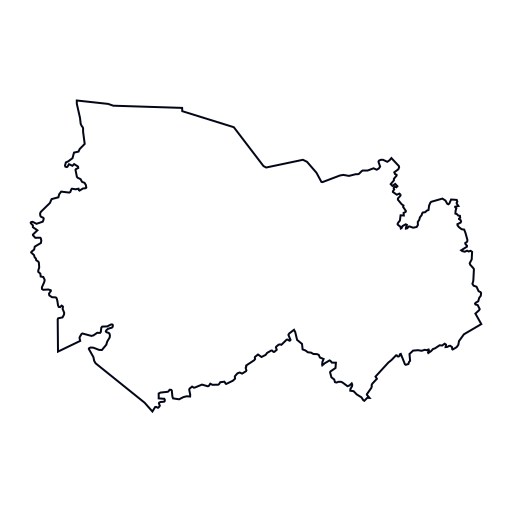 map outline of Novosibirsk (Mercator projection)
{"feature_id": "RUS-2403", "entity_name": "Novosibirsk", "entity_type": "Region", "adm_level": 1, "iso_a3": "RUS", "parent_name": "Russia", "parent_adm1": "", "projection": "mercator", "projection_center": [80.57, 55.289], "detail": "fine", "context": "isolated", "style": "outline", "palette": "ink", "viewbox_px": 512, "rotation_deg": 0, "n_neighbors": 0, "source": "natural_earth", "source_scale": "10m", "svg_char_len": 5995}
<svg xmlns="http://www.w3.org/2000/svg" viewBox="0 0 512 512"><path d="M101.9,350.0L106.3,344.7L107.2,341.6L109.7,337.4L109.9,335.5L109.5,333.7L108.7,332.9L106.4,332.2L105.8,331.3L106.4,330.2L108.2,328.7L111.8,327.7L112.6,326.9L112.9,325.2L112.3,324.5L111.2,324.4L107.2,326.4L102.2,326.6L101.3,327.7L100.8,332.0L100.0,332.9L97.2,332.8L93.4,335.4L91.4,335.9L82.5,333.5L81.6,333.9L79.9,336.7L79.5,337.9L80.2,340.9L58.0,351.6L57.7,319.3L58.2,318.3L62.5,317.4L64.0,314.6L64.2,312.8L62.6,308.8L63.0,306.9L62.6,306.2L61.6,305.6L60.1,307.1L58.7,306.9L58.0,305.1L57.3,300.6L56.5,298.0L55.7,297.4L52.0,297.2L49.3,295.4L49.0,293.6L50.9,290.9L50.7,290.2L48.3,289.5L43.2,289.8L42.0,289.0L41.9,287.3L44.0,282.6L44.6,280.7L44.6,279.7L43.3,277.0L40.7,276.5L40.3,273.6L38.3,271.9L38.2,270.8L39.2,267.4L38.9,262.9L38.4,261.7L36.2,260.2L35.9,258.6L34.7,257.4L34.0,255.1L31.2,252.5L31.4,251.8L34.1,249.6L34.8,246.6L40.9,243.0L41.3,240.5L40.8,238.3L40.1,237.7L35.3,237.8L33.0,235.3L32.9,234.6L37.4,230.3L32.9,227.2L32.9,225.4L30.9,223.3L30.7,222.8L31.1,222.1L32.6,221.8L36.5,223.8L42.7,221.7L43.5,219.8L43.7,218.5L43.3,217.8L41.1,216.8L40.3,215.8L40.1,213.5L40.8,211.9L49.9,203.0L51.6,199.1L58.4,197.3L59.2,194.2L61.2,191.6L69.2,192.6L70.3,192.0L71.3,189.4L71.9,188.7L75.7,189.3L78.5,188.7L78.9,190.1L79.5,190.6L83.0,188.5L85.7,188.2L86.3,187.6L85.8,184.9L84.5,182.8L82.1,181.9L80.5,179.1L77.6,177.7L76.9,176.8L75.5,169.9L75.8,169.2L78.2,168.0L78.1,166.8L77.8,166.4L74.1,164.1L72.4,165.8L69.0,164.2L67.4,166.8L66.6,167.1L65.3,166.6L65.0,165.5L65.9,162.4L68.0,161.5L72.5,158.2L74.0,152.6L78.5,151.6L79.7,149.0L84.7,143.9L83.1,131.9L83.1,128.6L82.8,127.4L81.6,125.8L80.7,123.8L80.0,117.9L76.8,103.7L76.8,100.5L108.1,103.9L113.3,105.7L182.1,107.9L182.3,111.2L233.8,127.2L263.5,166.1L266.2,167.5L302.9,159.8L307.0,161.8L316.5,172.8L321.4,181.9L322.5,182.1L339.9,175.5L343.3,174.9L349.0,175.9L355.7,174.2L357.9,174.2L359.0,173.8L361.7,171.1L362.8,170.5L367.7,170.5L373.5,168.3L376.7,169.7L378.8,168.5L380.1,166.6L378.5,161.9L378.6,161.2L379.2,160.5L381.0,159.8L383.0,159.8L387.3,161.8L389.5,160.3L391.4,158.1L398.9,166.1L399.1,167.4L398.3,169.3L394.3,172.3L395.0,174.0L396.6,174.8L396.6,175.6L393.9,178.8L393.9,180.4L390.7,184.1L392.4,185.9L395.2,183.9L397.4,186.2L396.4,187.3L394.8,186.7L393.9,187.5L393.7,188.3L394.2,189.4L392.9,191.3L392.9,192.0L396.8,194.7L399.4,193.6L400.4,194.6L400.5,195.6L397.9,198.5L397.9,199.7L401.7,204.3L403.5,205.5L403.1,206.9L405.9,211.0L405.6,211.9L403.6,212.9L403.8,215.5L400.6,215.3L399.9,220.5L397.8,223.2L397.6,224.2L397.8,224.7L400.5,226.8L400.8,228.5L401.5,228.2L402.6,226.0L405.7,224.3L406.9,224.9L405.9,227.7L405.9,228.6L407.2,228.3L408.8,226.5L409.4,226.4L413.1,227.7L416.6,227.0L417.9,225.0L417.8,222.0L419.3,219.7L419.9,217.4L421.6,215.2L422.2,213.3L422.8,212.5L425.2,212.2L426.7,210.7L428.5,210.0L429.1,205.6L430.4,202.6L431.2,201.8L442.4,198.6L445.5,200.6L447.2,203.7L448.3,204.3L449.3,203.6L451.1,199.5L456.7,199.9L457.3,201.7L456.6,202.9L456.7,203.5L458.4,206.0L455.2,206.7L455.2,207.3L456.3,208.4L455.6,210.8L455.4,213.6L456.9,214.1L458.3,215.6L459.9,215.8L460.2,217.7L459.0,218.7L459.0,219.0L460.6,220.1L461.1,221.6L460.6,222.6L457.4,224.2L457.5,225.3L458.7,226.9L461.6,229.2L464.2,229.6L465.5,233.0L467.4,239.9L467.3,241.1L466.9,241.9L465.2,243.1L465.6,244.3L467.0,245.7L466.9,246.7L461.2,250.3L462.3,251.1L464.8,251.7L467.1,250.7L468.7,251.5L470.6,250.8L472.1,251.9L471.7,259.4L469.7,263.2L470.1,264.6L473.7,268.6L473.9,269.6L473.4,279.3L473.2,281.3L472.4,283.8L473.6,285.7L476.5,286.7L478.6,291.2L480.5,292.1L481.1,293.0L480.8,295.7L479.2,297.9L478.2,301.3L475.7,302.7L475.0,303.7L475.5,304.5L477.7,305.1L479.7,309.1L479.1,310.2L475.4,313.6L481.3,324.1L463.9,334.3L459.0,341.1L458.3,344.9L456.6,347.2L452.7,349.5L452.2,349.1L452.0,347.1L450.2,345.8L449.1,345.9L447.4,346.9L445.6,347.1L446.0,344.6L444.6,343.7L442.2,345.5L439.6,345.3L434.9,348.4L433.0,349.0L431.1,351.1L428.3,353.0L428.0,352.4L428.9,350.2L428.6,349.5L426.5,350.2L424.8,349.8L421.6,350.8L418.1,350.2L413.1,350.6L409.5,354.0L410.1,360.8L409.0,362.0L408.4,364.0L405.8,364.8L404.9,364.2L400.8,353.9L399.9,354.3L399.4,356.0L398.6,356.5L397.5,356.4L396.8,355.4L396.1,355.3L391.4,360.1L388.3,362.6L375.5,376.6L376.9,378.8L372.3,383.7L371.6,385.2L371.8,386.2L371.3,387.9L366.9,394.2L366.9,394.8L369.5,397.9L367.3,397.8L364.3,400.8L363.3,400.2L361.4,397.3L356.7,394.4L353.6,391.2L350.3,390.7L350.4,389.0L352.1,386.1L352.2,384.4L351.7,383.4L349.6,385.4L347.5,386.2L342.7,382.6L341.0,381.8L338.4,381.8L336.7,382.5L335.0,382.2L334.2,379.5L331.4,377.3L330.1,372.5L330.4,371.5L335.5,368.0L335.9,362.7L331.8,362.6L330.7,361.1L329.6,360.4L324.8,363.2L322.3,365.3L322.1,364.7L322.4,362.0L323.6,359.0L319.9,357.5L318.7,354.8L316.8,354.1L313.4,354.0L311.0,352.6L307.9,352.3L305.5,350.5L302.6,349.4L302.0,343.9L297.1,339.9L295.2,332.0L294.0,329.8L289.2,333.5L288.4,334.9L290.3,339.4L290.5,339.9L290.1,340.5L289.4,340.7L287.7,339.6L286.6,339.7L281.4,344.8L280.1,344.4L278.6,344.7L276.2,346.7L275.9,347.2L276.7,349.8L274.3,351.9L273.5,351.9L272.1,350.6L271.3,350.5L267.1,352.9L265.6,354.9L261.5,357.0L258.0,354.5L255.0,356.9L254.8,357.5L255.1,359.0L254.2,360.2L246.2,365.5L246.0,366.1L246.3,366.8L245.7,367.9L246.4,370.4L246.0,371.2L242.1,373.6L239.7,372.5L237.5,373.3L235.1,376.0L234.8,376.7L235.1,378.2L234.9,378.8L232.9,380.7L226.3,383.9L225.8,383.8L224.4,381.7L220.3,382.2L219.0,384.2L218.2,384.7L212.4,384.8L210.3,383.7L209.0,385.7L207.9,386.3L202.0,384.6L194.7,387.6L193.7,387.6L192.1,386.6L189.6,388.6L189.2,389.6L190.2,394.6L190.1,396.5L186.6,396.3L183.4,397.1L179.1,399.3L173.1,398.4L172.4,396.6L171.8,390.6L171.3,389.9L169.7,389.7L168.3,391.5L167.6,391.8L160.4,392.6L158.7,393.5L158.7,398.4L164.3,398.8L164.8,399.8L164.7,401.1L164.1,401.7L160.5,402.0L159.2,402.6L158.9,403.4L159.8,405.7L159.2,406.8L158.0,407.8L156.1,406.9L155.2,407.0L152.4,411.5L144.6,402.7L95.6,363.3L94.2,360.9L93.4,357.1L88.8,348.9L88.9,348.4L90.5,347.5L93.4,347.7L99.1,349.9L101.9,350.0Z" fill="none" stroke="#020617" stroke-width="2"/></svg>